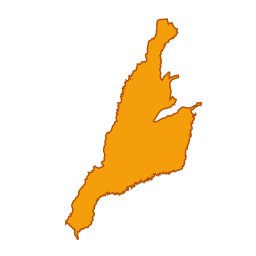 Armenia, Quindío, Colombia, rotated 171°
{"feature_id": "7082276B37596185991621", "entity_name": "Armenia", "entity_type": "district", "adm_level": 2, "iso_a3": "COL", "parent_name": "Colombia", "parent_adm1": "Quindío", "projection": "robinson", "projection_center": [-75.71, 4.492], "detail": "fine", "context": "isolated", "style": "filled", "palette": "amber", "viewbox_px": 256, "rotation_deg": 171, "n_neighbors": 0, "source": "geoboundaries", "source_scale": "gbopen_adm2", "svg_char_len": 5708}
<svg xmlns="http://www.w3.org/2000/svg" viewBox="0 0 256 256"><g transform="rotate(171 128 128)"><path d="M103.8,77.1L103.8,78.3L102.8,78.4L101.8,77.5L100.3,77.6L99.7,79.0L98.2,76.9L97.7,76.9L97.5,77.8L96.9,78.0L96.3,76.8L95.3,76.7L94.5,76.0L94.1,76.5L94.4,77.7L93.4,77.3L92.8,78.0L91.7,77.7L89.7,79.2L89.1,79.0L89.3,77.9L88.8,78.0L88.3,77.5L85.8,78.6L84.5,78.2L82.3,79.3L81.1,79.1L80.3,81.1L79.7,81.4L80.0,81.7L79.5,82.5L78.9,82.3L78.1,83.3L77.8,84.1L78.0,84.8L77.1,86.4L77.4,87.6L75.9,88.1L75.5,89.6L75.8,90.6L75.1,90.9L75.4,92.6L74.8,96.4L73.8,98.1L73.0,98.0L72.5,98.5L72.7,100.2L72.0,100.6L71.9,101.5L70.7,102.9L69.6,105.6L68.9,108.4L67.6,110.0L66.9,110.1L67.1,111.4L67.7,111.6L66.7,111.9L67.2,112.8L66.6,113.4L66.9,114.4L66.4,115.0L67.0,115.6L65.2,116.7L64.7,117.6L65.1,121.9L64.5,121.9L64.4,122.9L64.0,122.3L63.4,122.6L62.9,124.9L61.9,125.6L61.1,126.8L62.0,128.5L62.2,129.6L61.9,129.8L60.8,129.0L60.2,129.8L58.8,130.6L59.1,131.7L60.3,130.6L61.4,130.9L63.1,133.5L62.9,135.9L61.5,135.9L58.5,137.9L55.0,139.3L52.8,138.8L51.7,140.6L51.8,141.7L53.3,141.4L54.0,141.9L55.2,141.9L56.3,141.2L57.1,139.6L59.2,139.8L59.7,139.0L63.0,138.2L66.0,138.4L70.2,140.0L71.2,140.1L75.4,137.7L77.0,135.0L79.6,135.0L83.7,133.2L86.8,133.8L89.8,132.0L92.4,132.1L98.6,129.8L101.1,130.0L101.9,130.7L95.0,138.5L92.8,140.3L90.4,141.2L82.8,141.9L79.9,144.1L78.4,143.7L78.3,145.1L77.1,146.3L76.0,148.5L77.6,149.5L78.9,152.0L82.1,149.6L81.5,151.7L81.2,151.5L80.8,154.7L79.8,157.0L80.1,162.5L79.8,164.9L79.1,166.7L77.6,168.3L75.8,169.2L70.2,170.1L70.1,172.3L73.6,172.3L75.7,171.5L77.4,171.6L79.5,170.7L78.1,176.4L79.3,176.7L81.5,174.7L84.3,173.4L86.0,170.5L86.8,169.9L87.6,170.7L88.1,174.3L87.0,177.0L87.4,178.7L87.1,181.8L85.8,183.6L86.2,185.8L85.0,187.0L85.2,188.0L84.8,188.7L85.2,189.3L84.4,190.2L85.1,191.7L84.7,192.9L85.1,194.6L83.8,195.6L83.5,198.1L81.8,198.9L82.1,200.0L80.7,200.6L79.5,202.4L79.0,202.7L79.4,203.5L78.6,203.9L78.9,204.8L78.0,204.9L77.8,205.5L75.8,206.6L74.6,206.5L74.0,208.1L73.2,208.7L72.1,208.9L71.2,209.6L69.8,209.3L69.5,210.5L68.5,210.0L67.8,211.4L66.4,211.6L65.7,212.4L65.5,213.4L64.1,214.5L65.1,215.6L64.2,216.5L64.0,218.3L65.3,218.8L66.5,219.9L67.5,222.0L68.1,225.0L69.1,225.2L71.9,224.3L72.3,229.5L79.7,230.0L81.7,229.6L82.9,227.8L83.0,226.6L83.7,224.6L83.6,222.0L84.7,220.1L84.7,218.3L86.2,214.9L88.7,211.9L89.4,212.6L90.0,212.5L91.6,211.3L94.0,210.4L96.4,203.2L97.0,199.1L97.5,198.4L98.8,198.2L99.1,197.2L99.3,195.2L98.7,193.2L99.3,191.5L101.0,190.5L103.9,191.2L106.1,188.9L108.2,189.8L108.8,189.6L109.4,187.3L111.2,183.7L111.9,183.3L113.9,183.4L114.3,181.5L115.4,180.7L116.5,178.9L117.1,178.7L118.3,179.5L118.8,179.3L118.9,178.2L118.2,176.4L119.2,177.1L119.8,175.5L120.8,174.6L121.4,174.6L122.4,175.5L122.6,173.8L124.0,173.6L123.7,171.4L124.1,170.2L124.6,169.7L126.0,169.7L125.3,167.6L127.3,168.1L127.1,167.0L127.5,166.1L126.7,164.5L127.0,163.9L127.6,164.0L127.5,162.1L127.9,161.9L128.9,162.9L129.7,161.8L128.9,160.2L130.4,160.1L129.9,157.5L130.5,154.7L131.6,154.0L134.1,154.3L133.5,152.4L134.7,151.2L133.8,149.9L134.5,148.6L136.3,147.5L136.3,147.1L135.2,146.9L135.0,146.1L137.1,144.3L135.8,143.2L137.3,142.5L138.2,139.8L137.9,136.2L139.4,136.3L140.1,135.8L141.0,133.8L142.6,132.6L145.0,128.0L147.5,125.9L147.8,126.8L149.3,126.6L151.0,124.4L151.5,120.2L152.5,119.2L153.1,116.4L152.8,115.5L154.2,113.8L155.7,109.8L155.0,105.0L156.2,102.1L156.4,100.0L157.1,99.1L158.6,98.9L159.6,97.9L159.5,97.0L158.3,95.6L158.1,94.2L162.6,92.8L165.4,94.0L166.4,95.5L167.6,95.4L167.9,95.1L168.0,92.6L168.9,91.6L170.3,91.5L170.5,90.5L171.4,89.6L172.1,90.0L174.1,90.3L173.9,87.9L176.2,86.2L176.2,84.1L177.9,84.2L178.5,83.6L178.7,80.2L180.4,78.6L180.7,77.9L182.3,77.1L186.3,73.3L186.8,72.2L186.9,70.2L188.9,67.8L190.4,67.3L191.1,65.7L193.2,64.4L194.5,62.6L195.7,60.3L195.3,56.1L196.2,52.8L198.4,52.2L198.5,51.5L197.8,50.5L198.1,49.8L200.2,50.0L201.2,47.6L204.0,45.7L204.3,42.9L203.1,44.0L203.2,43.3L201.3,42.3L200.6,40.2L199.5,39.8L198.5,37.9L197.5,37.2L197.7,36.8L196.3,36.3L196.1,35.6L196.7,34.8L197.3,31.3L195.5,27.5L195.6,26.5L194.8,26.0L194.4,27.4L194.6,29.6L193.9,33.5L192.0,33.1L190.9,35.2L189.6,35.0L189.1,35.5L188.4,35.2L186.2,36.4L183.1,36.0L182.0,37.6L179.3,38.9L179.1,40.4L178.5,40.8L178.3,41.6L177.4,42.1L176.7,43.5L177.3,45.3L175.3,46.9L174.6,49.2L175.2,49.4L175.5,50.9L174.6,53.5L173.8,53.7L173.4,55.0L173.8,55.5L173.2,55.8L172.9,57.0L171.1,58.3L170.4,60.9L169.8,60.6L169.4,61.1L169.5,62.3L168.4,61.9L166.4,64.5L165.6,64.2L165.2,65.1L163.7,65.0L163.0,65.5L162.8,65.0L161.8,65.6L160.7,64.9L160.6,66.4L158.9,67.3L158.6,66.3L158.3,67.3L157.5,66.0L157.1,66.8L156.6,66.7L156.6,65.7L152.8,66.3L152.7,65.2L151.8,65.2L151.4,64.4L150.8,65.3L149.9,64.4L149.0,65.4L148.5,65.4L147.8,65.0L148.0,64.3L147.1,64.2L147.1,63.4L146.6,63.2L145.4,64.7L143.7,63.9L142.9,65.5L142.8,64.4L141.7,64.7L141.5,65.8L139.5,66.7L139.0,67.9L138.3,66.7L137.7,66.7L137.9,67.4L137.2,67.2L137.1,68.0L137.8,68.4L137.4,68.9L138.2,69.3L137.8,69.8L136.2,69.8L135.2,70.5L134.6,70.5L134.0,67.8L133.5,68.3L133.4,69.9L132.6,70.2L132.2,71.4L132.0,69.2L131.3,69.6L130.6,69.2L130.3,69.9L130.2,72.0L129.7,72.9L129.2,72.8L129.2,71.9L128.6,71.5L128.2,71.7L128.3,72.5L127.6,72.4L128.0,71.4L127.6,71.0L126.8,72.0L125.6,71.8L125.0,72.8L124.4,72.3L124.4,73.7L123.2,74.4L122.8,73.0L122.0,72.4L121.0,72.7L120.7,71.8L119.4,73.7L119.1,73.7L119.2,72.6L118.6,72.9L117.2,75.0L116.7,74.4L116.7,72.9L116.3,72.8L116.0,73.2L116.3,75.3L115.8,75.4L115.4,74.7L114.8,75.6L114.4,75.3L114.6,74.1L113.3,73.2L113.0,73.7L112.3,73.7L112.5,74.8L111.7,75.4L111.7,76.3L110.7,75.6L109.6,76.4L109.4,77.2L110.1,78.1L109.8,78.7L109.0,77.5L108.5,77.9L108.9,78.5L108.4,78.6L107.1,76.8L106.0,77.4L105.2,76.3L104.6,77.7L103.8,77.1Z" fill="#f59e0b" stroke="#b45309" stroke-width="1.5"/></g></svg>